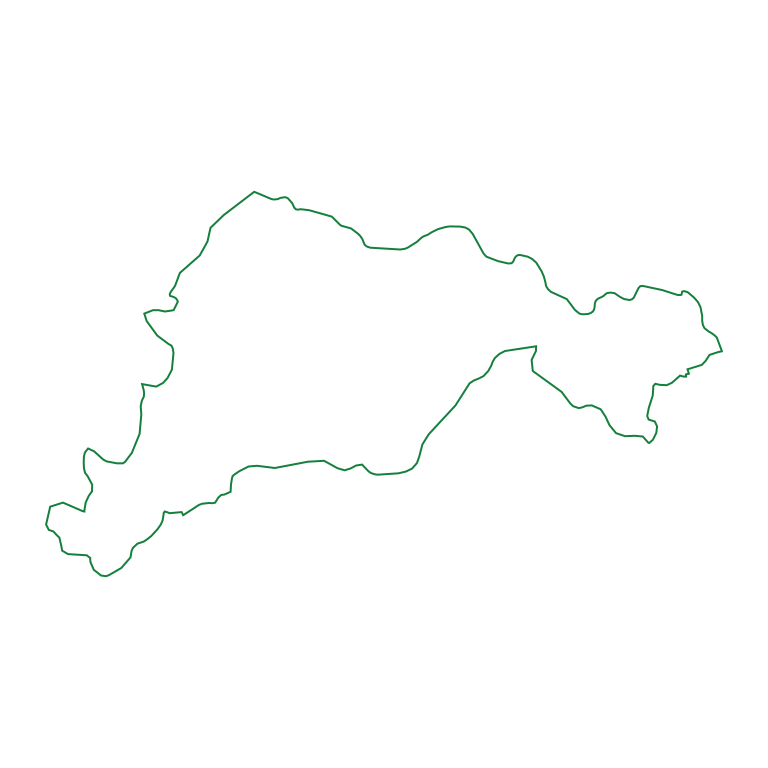 outline of El Paraíso
{"feature_id": "HND-662", "entity_name": "El Paraíso", "entity_type": "Department", "adm_level": 1, "iso_a3": "HND", "parent_name": "Honduras", "parent_adm1": "", "projection": "orthographic", "projection_center": [-86.385, 13.965], "detail": "fine", "context": "isolated", "style": "outline", "palette": "green", "viewbox_px": 768, "rotation_deg": 0, "n_neighbors": 0, "source": "natural_earth", "source_scale": "10m", "svg_char_len": 3637}
<svg xmlns="http://www.w3.org/2000/svg" viewBox="0 0 768 768"><path d="M721.9,351.3L718.4,352.0L709.5,354.9L705.7,360.8L701.8,364.9L687.5,369.3L688.9,373.7L687.6,374.1L686.5,374.1L685.9,374.6L686.1,376.6L683.6,376.6L680.1,375.6L671.9,382.8L666.7,385.2L659.5,384.8L655.3,383.8L653.3,386.1L652.8,395.3L648.8,407.9L647.2,416.0L648.7,419.6L654.8,421.5L657.1,426.4L656.3,432.9L653.0,439.6L650.2,442.2L649.3,443.0L649.0,442.9L648.2,442.6L642.8,436.5L634.5,435.8L625.0,436.2L616.0,433.1L609.5,425.2L605.5,416.6L600.7,409.3L591.8,405.4L586.2,405.7L582.5,407.3L578.8,408.1L573.1,406.2L570.4,403.6L561.6,391.9L532.8,371.0L531.6,359.9L536.0,350.9L536.1,346.3L505.0,351.0L499.4,353.9L494.9,358.0L492.7,361.7L491.2,365.7L488.2,371.1L483.5,376.1L478.6,378.6L473.8,380.5L469.5,383.4L455.5,405.4L428.9,434.1L422.4,444.4L419.2,456.8L416.9,463.1L412.2,468.5L406.1,471.5L398.6,473.3L377.6,474.7L374.8,474.3L370.9,473.0L368.5,471.3L362.1,464.6L356.1,465.5L350.7,468.4L344.7,470.3L337.5,468.2L324.1,460.8L308.0,461.7L274.8,468.0L257.0,465.8L248.5,466.5L239.3,471.2L234.6,474.4L232.6,476.1L231.9,478.7L231.0,484.5L230.6,491.8L230.3,491.9L224.5,494.5L221.2,495.0L218.4,497.5L215.1,502.7L212.3,503.2L209.2,503.0L202.3,503.7L199.0,504.9L183.2,515.2L181.6,512.1L169.5,513.2L167.5,512.3L164.7,511.5L163.8,512.9L162.6,520.6L160.8,524.5L157.7,529.0L151.2,536.1L146.7,539.6L143.5,541.7L137.5,543.6L133.0,547.8L131.5,551.2L130.5,557.4L121.3,568.0L108.8,575.2L106.0,576.2L101.0,575.5L93.8,569.8L90.4,561.9L90.2,558.0L86.8,555.3L68.0,554.1L62.2,550.7L61.2,545.5L59.4,537.6L56.9,535.3L53.3,531.4L48.8,529.9L46.1,524.5L50.2,506.7L63.0,502.6L82.5,511.1L84.4,511.5L84.5,509.7L85.7,502.5L88.8,495.8L92.0,491.3L92.2,484.7L87.6,476.1L85.1,472.9L84.0,468.5L83.7,462.6L83.9,456.6L84.7,453.4L85.4,451.8L88.1,448.5L94.2,451.4L103.4,459.7L106.7,461.4L116.7,463.3L123.0,463.3L125.1,461.8L131.9,452.8L139.6,433.8L141.3,414.5L140.7,406.2L141.8,400.8L143.8,396.7L144.1,393.2L143.7,390.1L142.1,384.1L156.2,386.6L162.8,383.1L167.5,378.1L171.9,369.6L173.5,352.9L172.7,348.3L171.5,345.7L168.4,343.9L157.3,335.6L146.7,321.1L144.3,313.6L152.9,310.2L158.6,310.2L165.0,311.5L173.6,310.2L177.8,301.8L177.3,300.2L175.8,298.2L173.5,296.9L170.2,296.0L169.7,294.4L170.5,292.3L175.0,286.0L179.9,272.9L199.7,255.5L207.5,241.5L210.5,227.8L223.8,215.0L254.2,191.8L271.6,199.1L273.9,199.5L277.9,199.1L279.2,198.4L280.5,197.9L284.8,197.2L286.3,197.5L288.1,198.5L292.2,203.2L294.2,207.5L295.7,209.2L297.6,209.7L300.6,209.2L309.1,210.2L331.8,216.6L340.1,224.9L341.5,225.8L351.0,228.4L358.5,234.1L360.4,236.2L362.3,239.0L364.6,244.7L366.6,246.4L370.3,247.7L400.2,249.5L404.9,248.8L407.8,247.6L417.0,241.8L420.9,238.2L422.9,236.7L425.2,235.7L427.5,234.9L431.8,232.2L437.8,229.2L445.6,227.0L449.7,226.4L460.2,226.6L465.5,227.6L469.0,229.5L472.7,233.9L483.6,253.6L486.4,256.7L498.0,261.1L508.3,263.5L511.6,263.2L513.2,261.6L514.7,258.1L515.7,256.7L517.1,255.5L518.9,255.0L520.7,255.1L527.8,256.7L532.2,259.0L536.3,262.7L541.5,271.1L543.9,276.6L545.4,282.3L546.1,286.1L548.1,289.3L551.2,292.0L566.8,299.1L574.9,309.9L579.6,313.7L582.4,314.3L587.9,314.0L590.8,313.0L593.0,311.4L594.0,309.6L594.5,307.7L594.9,303.4L595.5,301.5L596.5,299.9L598.0,298.7L602.1,296.8L604.0,295.6L605.5,294.1L607.3,293.0L610.7,292.6L614.6,293.2L620.0,296.9L624.0,299.0L629.3,300.0L631.8,299.4L633.7,297.8L638.5,288.1L640.2,286.2L642.7,285.9L662.0,290.0L677.4,294.9L680.2,295.1L681.5,294.7L682.2,291.6L684.2,291.1L687.7,292.2L694.1,297.6L698.0,302.1L700.5,307.2L702.2,316.0L702.2,320.9L702.9,325.0L704.5,328.2L708.5,331.4L711.8,333.3L715.0,335.7L716.8,337.5L721.9,351.2L721.9,351.3Z" fill="none" stroke="#15803d" stroke-width="2"/></svg>